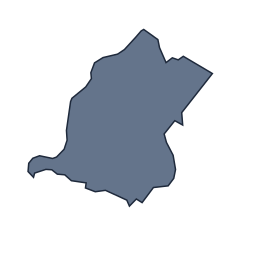 outline of Perry, Tennessee, United States of America, rotated 32°
{"feature_id": "52423323B62285157730678", "entity_name": "Perry", "entity_type": "district", "adm_level": 2, "iso_a3": "USA", "parent_name": "United States of America", "parent_adm1": "Tennessee", "projection": "equal_earth", "projection_center": [-87.883, 35.632], "detail": "fine", "context": "isolated", "style": "filled", "palette": "slate", "viewbox_px": 256, "rotation_deg": 32, "n_neighbors": 0, "source": "geoboundaries", "source_scale": "gbopen_adm2", "svg_char_len": 773}
<svg xmlns="http://www.w3.org/2000/svg" viewBox="0 0 256 256"><g transform="rotate(32 128 128)"><path d="M170.7,37.1L136.9,37.9L134.5,43.6L128.4,45.0L125.6,52.4L112.2,43.2L106.5,37.2L89.1,36.1L87.7,38.8L86.4,47.2L83.4,63.4L80.0,70.9L69.5,81.5L65.1,90.5L67.2,100.8L70.8,105.5L70.4,115.6L64.7,132.5L65.3,136.0L77.1,162.7L82.8,170.6L85.1,179.9L82.8,190.5L80.2,193.8L67.7,198.4L63.3,204.1L62.5,210.5L66.3,217.9L74.0,219.9L72.7,215.7L80.3,206.6L85.5,203.8L92.5,204.6L99.2,201.2L107.9,202.7L121.6,196.7L123.7,201.4L134.0,199.4L141.9,192.8L165.2,189.8L170.6,193.5L172.7,183.8L179.5,183.8L181.1,165.0L192.7,155.8L193.5,146.5L190.3,138.0L180.7,127.2L168.3,119.9L161.8,113.9L163.8,97.0L172.8,96.5L165.4,86.5L170.7,37.1Z" fill="#64748b" stroke="#1e293b" stroke-width="1.5"/></g></svg>